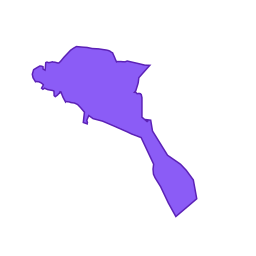 Wurno, Sokoto, Nigeria (Mercator projection), rotated 57°
{"feature_id": "59680162B797578221173", "entity_name": "Wurno", "entity_type": "district", "adm_level": 2, "iso_a3": "NGA", "parent_name": "Nigeria", "parent_adm1": "Sokoto", "projection": "mercator", "projection_center": [5.455, 13.242], "detail": "fine", "context": "isolated", "style": "filled", "palette": "violet", "viewbox_px": 256, "rotation_deg": 57, "n_neighbors": 0, "source": "geoboundaries", "source_scale": "gbopen_adm2", "svg_char_len": 1758}
<svg xmlns="http://www.w3.org/2000/svg" viewBox="0 0 256 256"><g transform="rotate(57 128 128)"><path d="M40.7,177.6L42.6,176.4L43.6,176.0L45.5,175.4L46.2,176.2L46.5,176.9L47.5,178.8L49.2,178.3L49.2,176.3L52.0,174.5L55.6,170.7L56.7,170.0L60.6,172.3L62.1,171.9L62.0,169.3L61.5,167.5L61.5,166.2L60.9,165.9L60.6,165.2L61.2,164.6L67.0,165.8L72.2,166.2L72.0,165.7L74.1,163.1L75.6,162.0L77.9,159.3L80.8,157.5L84.3,156.8L91.0,155.9L99.0,162.5L102.3,160.0L101.7,159.5L101.3,159.0L100.4,158.8L99.0,158.3L96.2,154.1L101.1,152.2L108.4,145.6L115.4,140.9L130.9,130.7L135.2,128.1L143.2,122.2L172.3,126.2L176.1,129.4L180.6,131.8L184.5,132.4L194.9,132.6L212.8,135.0L228.3,136.1L224.8,108.9L207.1,101.5L195.1,102.2L187.0,103.7L172.4,109.7L143.9,109.1L133.8,104.7L131.2,107.8L132.9,107.7L133.0,108.5L126.5,110.4L110.2,99.8L107.2,98.7L107.0,98.8L106.0,98.9L105.6,99.5L104.9,99.9L104.8,100.4L104.5,101.2L104.0,101.8L103.4,101.8L102.6,102.0L102.1,102.5L101.6,103.1L101.1,101.3L96.6,95.9L95.5,94.7L91.7,91.5L87.3,75.6L84.6,79.5L79.2,84.6L71.4,92.2L70.9,94.4L69.2,96.8L68.5,97.6L66.4,100.9L66.3,101.6L63.4,101.2L61.5,100.8L56.5,100.0L55.8,100.5L53.5,101.4L53.1,101.7L52.4,102.2L51.0,103.5L47.2,107.8L45.6,109.6L41.8,114.8L38.1,118.5L35.5,122.0L31.6,126.9L31.4,130.0L31.5,133.8L33.8,143.2L35.3,148.0L35.8,150.5L35.6,150.8L35.5,151.0L35.4,151.2L35.2,151.4L35.2,151.5L34.7,152.0L34.2,152.4L33.5,152.9L33.3,153.3L32.8,153.7L32.7,153.9L32.5,154.2L32.2,154.6L32.0,154.8L31.4,155.2L31.3,155.4L30.7,157.3L30.0,158.9L29.3,159.5L28.8,159.9L28.5,160.3L28.4,160.9L28.4,161.4L33.2,165.1L34.3,166.1L32.3,167.1L30.3,165.9L29.1,166.8L28.0,168.1L27.8,171.3L27.7,175.1L27.8,175.5L30.8,179.0L34.2,180.3L38.9,180.4L39.1,179.6L40.7,177.6Z" fill="#8b5cf6" stroke="#5b21b6" stroke-width="1.5"/></g></svg>